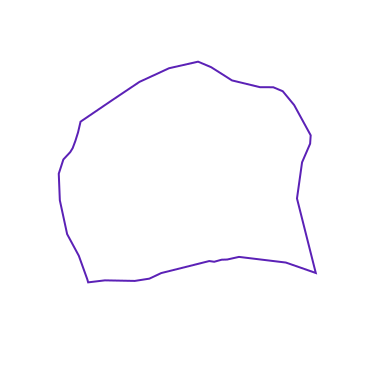 Almolonga, Quezaltenango, Guatemala, rotated 67°
{"feature_id": "79465075B59267896905043", "entity_name": "Almolonga", "entity_type": "district", "adm_level": 2, "iso_a3": "GTM", "parent_name": "Guatemala", "parent_adm1": "Quezaltenango", "projection": "natural_earth1", "projection_center": [-91.484, 14.812], "detail": "fine", "context": "isolated", "style": "outline", "palette": "violet", "viewbox_px": 384, "rotation_deg": 67, "n_neighbors": 0, "source": "geoboundaries", "source_scale": "gbopen_adm2", "svg_char_len": 605}
<svg xmlns="http://www.w3.org/2000/svg" viewBox="0 0 384 384"><g transform="rotate(67 192 192)"><path d="M314.9,109.7L239.0,97.9L207.7,79.1L193.7,64.4L186.2,60.6L151.9,64.0L134.7,69.1L127.3,76.3L122.2,88.3L104.9,111.6L84.6,125.6L74.4,135.5L69.1,164.8L70.1,197.3L76.2,229.2L83.7,267.1L92.6,273.6L99.4,279.4L105.0,284.7L107.7,288.5L111.8,297.7L123.1,307.5L148.0,316.9L182.0,323.4L206.5,321.1L231.4,322.5L234.6,322.9L239.3,306.7L251.5,279.4L255.1,265.1L254.6,252.0L262.3,203.1L264.9,198.8L265.9,191.2L267.9,186.0L270.1,174.1L293.6,133.2L314.9,109.7Z" fill="none" stroke="#5b21b6" stroke-width="2"/></g></svg>